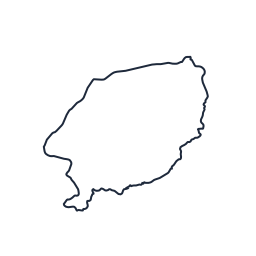 SVG path tracing the border of Upper Takutu-Upper Essequibo, rotated 237°
{"feature_id": "GUY-674", "entity_name": "Upper Takutu-Upper Essequibo", "entity_type": "Region", "adm_level": 1, "iso_a3": "GUY", "parent_name": "Guyana", "parent_adm1": "", "projection": "albers", "projection_center": [-59.289, 2.847], "detail": "fine", "context": "isolated", "style": "outline", "palette": "slate", "viewbox_px": 256, "rotation_deg": 237, "n_neighbors": 0, "source": "natural_earth", "source_scale": "10m", "svg_char_len": 4102}
<svg xmlns="http://www.w3.org/2000/svg" viewBox="0 0 256 256"><g transform="rotate(237 128 128)"><path d="M92.1,63.6L91.7,63.3L91.8,61.9L91.5,61.5L91.2,61.2L90.4,59.8L88.4,57.9L87.9,57.1L88.0,55.7L88.7,54.7L88.8,53.9L87.6,53.0L85.2,52.2L84.2,51.5L83.5,50.0L83.4,49.3L83.4,48.8L83.6,47.8L83.7,47.5L84.2,46.8L84.3,46.4L84.2,46.1L83.6,45.4L83.5,45.1L84.2,44.1L86.1,42.0L86.5,40.7L86.5,40.3L87.2,40.1L89.3,40.4L90.4,40.2L91.0,40.0L91.5,39.7L91.8,39.3L92.1,38.9L93.9,35.1L94.3,34.6L94.9,33.9L95.4,33.5L95.8,33.1L96.3,32.9L96.7,32.7L97.9,32.4L99.2,32.8L99.6,33.8L99.9,34.7L100.7,36.7L101.0,37.6L101.0,38.3L100.7,38.7L100.4,39.1L100.1,39.9L99.8,41.0L99.9,43.5L100.3,45.9L100.3,46.5L100.1,47.0L99.4,47.8L99.1,48.3L98.8,49.0L98.8,49.6L99.0,50.1L99.4,50.7L99.8,51.0L100.3,51.3L102.2,52.2L103.0,52.5L103.9,52.8L111.6,53.0L115.0,52.5L115.8,52.5L117.1,52.7L117.4,52.7L117.9,52.6L118.3,52.4L120.8,51.2L121.3,51.0L121.6,50.9L122.0,50.9L122.3,51.0L122.8,51.1L123.0,51.4L123.2,51.6L123.8,53.0L124.1,54.4L124.3,55.0L124.6,55.6L128.5,60.7L129.0,61.1L129.5,61.4L130.3,61.7L132.2,61.7L132.8,61.6L133.1,61.5L133.4,61.3L134.3,60.6L135.9,58.9L137.0,57.6L144.7,50.7L145.0,50.3L146.1,48.4L147.0,47.3L147.8,46.7L149.0,45.9L150.5,45.3L151.0,45.1L151.9,45.0L152.3,45.0L152.8,45.1L153.7,45.3L155.4,46.0L158.1,47.2L158.9,48.8L162.4,53.6L164.8,61.6L164.8,62.1L164.8,62.9L164.3,64.5L164.4,65.3L164.5,66.3L166.3,73.7L166.7,74.9L167.2,75.9L172.5,83.8L174.4,87.6L174.7,88.4L174.9,89.7L174.8,91.0L176.8,98.7L176.8,99.8L176.6,102.4L176.7,104.0L177.0,105.7L177.6,107.4L183.7,116.1L187.3,124.6L187.5,125.8L187.3,126.2L182.8,132.3L181.9,134.0L181.8,134.4L181.7,135.2L181.7,136.1L182.3,143.5L182.3,145.2L182.2,146.4L181.9,147.5L181.2,149.4L177.3,157.1L168.1,182.7L166.0,186.7L163.7,190.3L160.8,197.1L160.1,198.0L157.6,200.5L155.6,203.5L155.1,204.8L154.6,208.2L154.0,209.1L154.4,210.3L155.4,212.5L155.8,213.7L155.9,215.1L155.5,216.1L153.7,219.0L153.2,219.0L152.7,218.7L152.3,218.5L152.3,218.4L152.1,218.2L151.8,218.0L151.5,217.8L151.2,217.9L150.5,218.5L150.1,218.6L144.3,218.1L143.4,218.2L142.7,218.7L141.1,221.0L140.2,222.0L139.1,222.8L137.7,223.3L136.6,223.6L135.5,223.6L134.5,223.5L133.3,223.0L131.9,221.8L131.4,220.6L131.1,219.4L130.2,218.0L129.1,217.1L127.9,216.5L127.6,216.4L125.3,215.5L115.7,213.8L112.0,212.6L111.0,212.1L110.3,211.1L109.1,208.3L108.6,207.7L107.5,207.1L107.3,206.1L107.2,205.0L106.5,204.2L106.0,204.1L104.8,204.4L104.1,204.2L103.9,204.0L103.5,203.1L103.3,202.7L103.0,202.6L102.3,202.5L102.0,202.4L101.5,201.8L100.3,199.8L99.8,199.2L98.0,197.7L97.0,196.5L95.4,193.9L94.2,192.9L93.0,192.5L92.0,192.6L91.0,192.9L89.8,193.0L89.2,192.8L88.6,192.5L88.1,192.1L86.8,190.8L86.7,190.3L87.6,189.0L88.8,186.7L88.8,186.0L88.6,185.9L88.3,186.0L87.5,185.8L85.4,185.0L84.7,185.0L83.5,185.4L82.8,185.3L82.3,184.7L82.0,183.5L82.0,182.3L82.0,181.4L82.2,180.7L82.9,179.6L83.2,179.0L83.2,178.5L83.1,176.9L83.2,176.5L83.5,175.5L83.6,175.0L83.4,174.4L82.7,173.2L82.7,172.4L82.8,171.8L83.5,170.8L83.7,170.3L83.6,169.7L83.1,167.9L83.1,165.8L83.4,163.6L83.3,161.6L82.1,160.2L81.6,160.1L80.4,160.0L79.9,159.9L79.2,159.6L77.4,158.0L75.1,156.9L74.0,156.1L73.4,155.0L73.5,154.5L74.1,153.5L74.1,152.9L74.0,152.2L73.9,151.0L73.8,150.4L72.2,146.6L71.9,145.5L72.0,144.8L71.9,144.4L71.4,143.4L71.2,143.2L70.4,142.9L70.1,142.7L70.5,141.8L70.5,141.5L68.7,137.9L68.5,136.8L68.8,127.4L70.0,122.7L70.2,121.5L70.0,118.2L70.3,116.7L70.8,115.4L72.4,112.9L72.7,112.6L73.0,112.5L73.4,112.3L73.6,111.9L73.5,111.5L73.1,110.9L73.0,110.6L73.2,110.4L73.9,110.3L74.1,110.1L73.9,109.7L73.4,109.2L73.3,108.8L73.3,108.0L73.6,107.6L74.0,107.2L74.4,106.7L75.2,104.1L75.4,103.5L76.9,101.1L77.5,99.1L78.1,99.0L78.5,98.9L78.7,98.7L78.8,98.3L78.4,97.5L78.4,97.1L78.6,94.4L77.6,94.7L77.8,93.7L78.8,91.3L78.3,89.9L77.3,88.7L76.4,87.4L76.4,85.7L77.8,84.1L82.6,82.5L84.7,80.5L86.0,79.9L86.5,79.5L86.9,78.8L86.9,78.3L86.8,77.8L86.9,77.1L87.4,75.7L88.1,74.9L90.4,73.9L91.6,73.0L91.8,72.2L91.5,71.3L91.3,70.0L91.7,68.8L92.5,67.4L93.6,66.4L94.7,65.9L95.2,65.8L95.6,65.6L95.6,65.1L95.5,64.6L95.1,64.1L94.4,63.8L92.6,63.5L92.1,63.6Z" fill="none" stroke="#1e293b" stroke-width="2"/></g></svg>